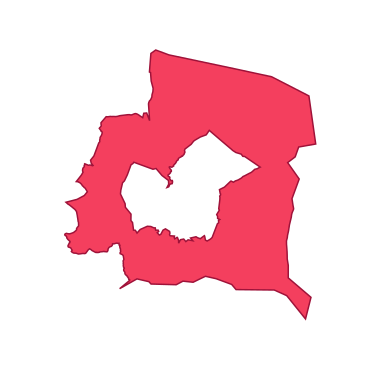 San Juan Ozolotepec, Oaxaca, Mexico, rotated 79°
{"feature_id": "50627088B94115482977421", "entity_name": "San Juan Ozolotepec", "entity_type": "district", "adm_level": 2, "iso_a3": "MEX", "parent_name": "Mexico", "parent_adm1": "Oaxaca", "projection": "robinson", "projection_center": [-96.203, 16.098], "detail": "fine", "context": "isolated", "style": "filled", "palette": "rose", "viewbox_px": 384, "rotation_deg": 79, "n_neighbors": 0, "source": "geoboundaries", "source_scale": "gbopen_adm2", "svg_char_len": 6079}
<svg xmlns="http://www.w3.org/2000/svg" viewBox="0 0 384 384"><g transform="rotate(79 192 192)"><path d="M79.7,125.4L53.0,188.5L45.7,200.5L48.1,205.9L66.1,210.9L66.8,209.9L75.2,210.9L82.8,210.4L85.9,211.2L88.9,212.7L91.1,213.3L93.5,215.0L94.6,216.5L96.0,217.4L97.2,217.9L113.9,220.0L105.8,221.4L105.5,224.3L109.6,226.2L107.5,228.4L106.4,229.4L105.2,230.7L104.3,232.2L104.2,233.4L104.5,235.0L104.8,236.5L104.6,237.6L104.1,238.8L103.9,239.9L103.3,248.2L103.5,250.7L103.4,252.6L102.9,254.5L102.6,256.4L102.2,257.8L102.1,260.2L101.7,261.9L106.6,268.1L108.3,268.4L108.8,268.3L109.8,268.5L110.9,269.7L111.3,270.4L111.9,270.9L114.7,269.5L115.2,269.6L115.4,269.2L115.7,268.9L116.4,268.8L117.2,269.0L119.3,270.2L120.2,271.2L121.2,271.9L122.5,272.2L123.3,272.7L124.4,272.8L125.1,273.0L125.5,273.5L126.1,274.2L137.9,281.4L141.4,285.5L144.5,285.4L147.1,284.1L147.2,284.8L146.5,285.8L146.0,287.0L146.0,288.6L143.8,291.9L144.1,292.2L144.8,292.1L145.2,292.4L145.5,292.8L146.4,292.9L147.0,293.4L147.4,294.1L147.8,294.4L148.4,294.8L149.7,295.3L150.7,295.4L151.8,295.2L154.4,297.5L159.7,303.6L160.4,301.5L160.7,301.4L161.6,300.2L162.3,299.7L163.3,299.0L165.1,298.3L165.8,297.6L167.0,297.0L167.9,296.1L171.8,294.7L174.9,298.4L177.3,306.2L178.0,317.7L180.3,316.0L181.2,314.9L183.9,312.6L184.8,311.9L186.7,310.3L187.8,309.7L189.3,309.1L193.5,309.1L194.6,309.2L196.1,309.2L199.3,309.4L200.2,309.2L203.6,309.8L204.0,310.2L204.4,310.7L204.6,311.1L205.5,312.0L205.9,312.3L206.5,312.3L207.2,312.7L207.8,313.4L208.2,314.2L208.7,315.1L209.2,316.2L209.6,318.7L209.7,320.3L209.5,321.0L209.2,321.8L208.9,322.6L208.6,323.2L208.7,323.7L208.9,324.5L209.2,324.8L209.8,325.1L210.7,324.6L210.8,324.3L211.2,323.9L212.5,323.5L213.1,323.7L214.9,322.9L217.2,321.2L217.7,321.3L218.0,321.8L218.5,321.7L218.9,322.3L219.8,323.1L221.3,324.1L222.4,323.9L223.6,321.8L226.2,320.8L227.3,321.8L228.4,321.1L229.4,319.7L230.0,317.4L231.2,315.4L231.4,313.4L231.5,310.9L232.0,309.0L231.9,308.1L230.2,306.2L229.2,305.2L228.2,303.5L229.1,302.3L230.4,301.3L232.9,298.2L233.0,297.0L233.3,296.9L233.5,295.5L233.5,294.5L233.3,294.4L233.3,293.3L233.5,291.3L233.5,289.8L233.7,289.7L234.5,286.9L234.2,286.3L233.0,285.5L232.2,285.4L230.8,284.3L230.2,283.3L230.1,282.2L229.9,281.5L229.4,280.7L228.7,280.2L228.1,279.9L227.7,279.9L227.6,279.5L228.0,278.5L227.9,277.5L227.8,275.7L228.0,275.1L228.4,274.4L228.4,273.5L230.0,273.6L230.5,272.9L230.9,273.0L231.0,273.3L231.2,273.2L231.6,273.3L232.2,273.4L233.3,273.2L233.5,273.3L233.7,273.1L235.2,273.2L235.5,273.4L235.9,273.3L236.8,273.4L237.2,273.5L237.6,274.0L238.2,274.3L238.8,274.3L239.9,272.7L240.8,271.9L241.5,271.6L242.3,271.7L245.1,271.7L245.6,272.0L246.1,272.5L246.6,272.8L248.4,272.9L249.1,273.2L249.7,273.1L251.0,273.5L251.8,273.4L252.2,273.6L252.8,273.5L253.6,273.0L254.0,273.0L254.4,273.6L255.3,273.9L256.0,274.0L256.5,273.9L257.4,273.4L258.1,273.2L258.6,273.3L259.2,273.4L259.8,273.3L260.7,272.9L261.6,271.9L262.4,271.8L263.0,271.5L263.2,271.2L263.6,271.2L264.2,270.8L264.9,270.8L265.4,270.6L265.8,270.7L266.1,270.2L266.4,269.9L266.9,270.1L273.1,281.5L266.8,262.6L271.8,251.4L274.5,249.8L280.0,225.2L277.8,217.9L280.8,208.1L278.7,200.3L277.3,194.9L281.7,184.9L290.3,170.7L296.2,167.4L303.9,130.0L311.8,118.8L338.3,104.8L318.1,95.3L294.7,113.9L282.4,111.5L275.9,111.3L272.6,110.7L268.9,110.1L264.9,109.6L261.3,109.2L258.0,108.6L255.1,107.2L252.8,106.5L248.7,104.7L242.8,102.6L235.6,99.3L233.4,98.6L231.5,97.7L228.5,95.7L227.6,95.4L224.3,95.4L217.6,95.1L199.7,84.3L181.4,92.5L177.2,84.0L168.2,78.7L168.5,61.4L120.0,58.9L94.1,91.8L79.7,125.4ZM193.4,159.2L194.9,164.6L199.1,164.6L199.4,164.3L200.5,164.6L201.3,165.6L202.6,165.6L204.7,166.1L213.7,169.0L215.0,168.6L218.9,172.1L220.7,171.5L222.8,171.9L224.3,170.0L224.9,171.4L227.3,171.7L228.0,173.1L240.5,180.9L241.8,183.0L243.0,186.5L241.8,188.0L237.7,188.0L237.2,188.2L239.4,192.8L237.9,195.3L236.7,196.6L236.9,202.2L240.0,200.5L238.2,205.0L239.5,207.5L236.6,209.1L236.6,212.4L239.7,214.9L237.0,214.4L233.8,215.0L233.7,215.5L234.7,217.8L234.0,218.0L233.5,218.2L231.9,217.6L230.8,221.8L229.6,222.2L228.2,221.5L226.4,221.5L223.1,225.1L223.9,227.7L227.6,230.7L228.0,232.3L225.3,233.9L224.4,232.2L223.0,232.5L222.5,235.0L220.2,234.9L219.9,236.3L218.0,239.0L217.1,242.4L218.9,250.0L221.8,253.8L218.8,254.9L218.3,256.7L217.6,256.6L210.6,256.2L208.4,257.4L202.1,256.1L194.3,260.3L190.7,259.9L180.3,262.6L176.6,261.5L169.7,258.4L168.2,256.2L162.8,252.2L153.7,246.7L152.8,244.6L151.7,243.4L162.2,226.0L162.1,222.8L170.1,218.3L176.2,212.9L179.9,213.4L182.8,215.7L182.5,213.9L181.9,213.4L181.2,213.0L180.7,212.6L180.3,212.2L180.1,211.7L180.0,210.8L180.1,210.0L179.8,209.7L179.3,209.7L178.5,209.1L178.2,209.1L177.9,209.2L177.4,209.1L177.0,209.1L176.9,210.3L175.7,210.9L175.1,211.2L174.4,211.3L173.9,211.2L173.4,210.9L173.1,211.0L172.6,211.5L172.1,212.2L171.9,212.3L171.6,212.4L171.2,212.4L170.6,212.1L170.1,210.9L169.3,209.9L169.2,209.6L168.8,209.4L168.5,209.2L168.2,209.2L167.9,208.8L167.8,208.4L167.5,208.2L166.5,208.2L165.9,208.6L165.6,208.7L165.0,209.1L164.6,209.3L164.2,209.4L163.4,209.6L163.2,209.6L163.0,209.3L163.0,208.8L163.3,208.2L163.7,207.4L163.8,207.1L163.7,206.6L163.5,206.2L163.2,205.6L163.0,205.1L162.6,205.2L162.4,205.1L161.6,204.1L161.1,203.6L161.1,203.4L161.0,203.1L160.9,202.8L160.7,202.7L160.3,202.5L159.7,202.0L159.6,201.7L159.2,201.6L158.8,201.2L158.1,200.4L158.1,199.9L157.9,199.8L157.7,199.5L157.5,199.3L156.8,199.1L156.5,198.9L156.3,198.5L156.1,198.2L155.7,197.0L155.5,196.1L155.2,195.7L154.9,195.5L154.8,195.1L154.9,194.9L155.0,194.5L154.3,193.8L153.9,193.2L153.7,192.8L153.5,192.6L153.0,192.4L152.3,192.0L152.2,191.7L151.4,191.3L150.0,191.5L148.5,190.7L145.0,183.7L142.4,180.7L141.6,179.0L139.6,173.3L138.6,167.1L134.8,163.3L149.3,151.8L157.4,145.3L159.0,144.1L161.6,141.4L164.2,136.5L166.7,135.3L167.2,133.5L180.6,120.3L180.9,121.4L181.0,121.9L181.6,123.5L181.6,124.4L181.7,125.4L181.7,126.1L182.9,128.0L184.0,129.9L184.8,132.8L186.2,137.4L186.5,138.9L187.7,140.8L188.9,144.2L189.2,145.8L189.4,147.4L190.3,149.5L188.7,151.6L188.8,152.0L189.8,153.6L193.4,159.2Z" fill="#f43f5e" stroke="#9f1239" stroke-width="1.5"/></g></svg>